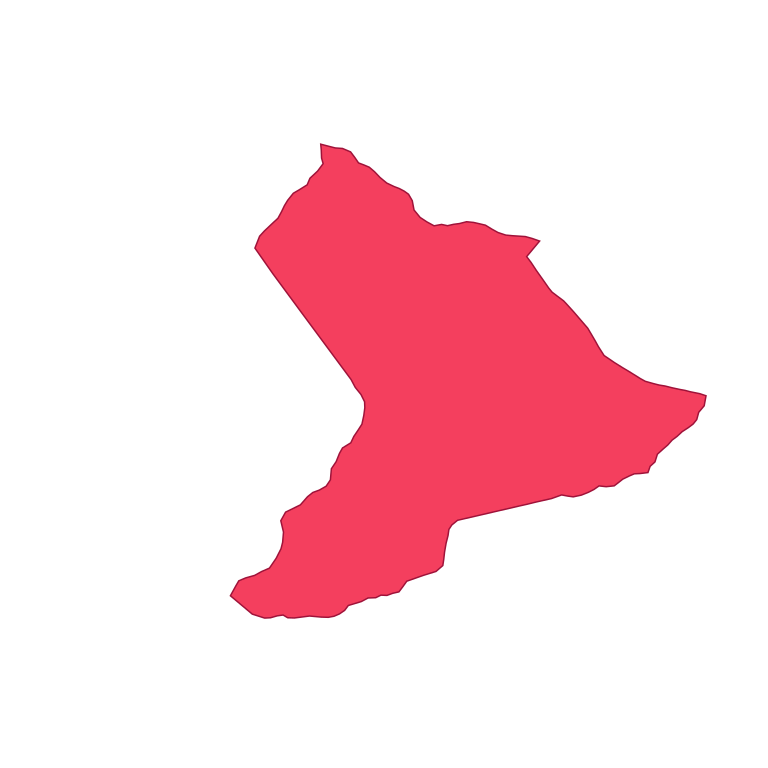 Fátima, Tocantins, Brazil (Albers equal-area conic projection), rotated 53°
{"feature_id": "56859067B58627839244807", "entity_name": "Fátima", "entity_type": "district", "adm_level": 2, "iso_a3": "BRA", "parent_name": "Brazil", "parent_adm1": "Tocantins", "projection": "albers", "projection_center": [-48.87, -10.831], "detail": "fine", "context": "isolated", "style": "filled", "palette": "rose", "viewbox_px": 768, "rotation_deg": 53, "n_neighbors": 0, "source": "geoboundaries", "source_scale": "gbopen_adm2", "svg_char_len": 2378}
<svg xmlns="http://www.w3.org/2000/svg" viewBox="0 0 768 768"><g transform="rotate(53 384 384)"><path d="M576.3,319.2L579.5,308.9L584.0,304.8L588.0,300.8L591.5,293.3L593.5,286.0L594.6,279.7L594.8,273.6L599.7,268.4L603.9,261.4L603.7,250.5L605.1,243.3L606.4,238.1L609.6,233.4L613.6,226.5L609.9,221.0L609.3,214.5L604.6,207.9L603.9,200.1L603.5,194.1L602.2,187.7L602.2,181.4L601.5,174.6L602.0,167.2L602.0,161.1L600.6,155.6L596.0,149.7L594.1,141.4L587.2,133.9L581.8,137.6L574.7,143.9L570.3,147.4L566.5,150.9L560.5,156.1L554.8,160.7L550.3,165.0L545.8,168.6L539.1,173.7L533.7,176.1L523.8,179.9L514.1,183.8L505.5,187.1L493.7,191.1L483.2,190.3L476.9,189.4L470.1,188.6L462.1,187.7L454.4,188.2L440.5,189.1L431.7,189.9L425.8,190.5L417.5,192.9L411.8,194.5L406.6,194.7L395.9,194.3L385.1,194.0L375.6,193.4L368.1,193.4L363.5,173.7L356.9,178.1L351.3,182.4L347.5,186.8L343.3,191.7L338.4,197.1L331.6,201.8L325.1,204.7L318.2,207.4L313.4,211.4L308.9,215.2L304.1,220.4L301.2,227.3L298.3,232.4L295.8,238.0L291.2,242.0L287.8,248.8L280.3,252.2L272.7,254.9L263.1,255.3L254.6,251.1L247.2,250.2L242.1,251.8L237.0,254.2L232.4,257.1L225.1,260.9L216.6,262.9L208.8,263.8L202.0,265.3L197.0,268.2L192.1,271.3L185.6,271.0L178.5,271.0L170.9,275.4L166.2,280.8L161.1,284.9L154.4,290.2L159.4,293.3L166.0,297.9L171.4,300.0L174.0,308.9L175.1,319.3L178.7,325.5L177.9,334.7L177.1,341.6L179.3,350.3L181.6,356.1L184.7,362.1L187.8,368.9L188.4,374.9L189.8,387.4L191.1,394.4L197.8,405.3L229.2,406.4L278.2,406.9L360.6,407.6L369.4,409.0L378.6,408.7L386.5,410.2L391.4,413.6L397.0,419.1L402.8,425.8L405.3,432.6L407.7,439.6L411.0,445.9L410.1,455.6L412.6,461.3L417.2,468.9L420.0,477.0L428.3,484.5L430.8,491.7L429.8,499.5L427.8,506.1L428.0,512.9L430.2,523.5L427.1,539.7L431.1,548.7L441.8,553.4L449.4,560.2L453.6,565.4L458.3,575.0L462.1,586.3L460.1,594.7L459.0,602.5L455.6,611.2L453.8,618.4L456.1,623.9L460.7,634.1L488.5,627.7L499.1,620.2L502.4,615.3L504.9,608.8L507.8,603.6L512.7,601.6L516.9,596.4L520.0,591.0L524.5,583.1L532.3,574.5L536.8,568.9L539.4,563.7L540.8,558.0L541.1,551.6L539.4,545.8L544.1,533.1L545.3,525.5L549.7,519.2L550.8,513.5L554.6,508.9L556.4,503.0L559.0,497.2L557.3,491.2L555.2,484.5L560.6,467.5L565.0,455.3L564.4,446.3L560.2,442.0L554.7,436.8L548.5,430.2L543.6,424.1L539.2,419.7L537.4,414.7L537.1,407.3L562.7,349.7L566.1,342.2L569.7,333.8L576.3,319.2Z" fill="#f43f5e" stroke="#9f1239" stroke-width="1.5"/></g></svg>